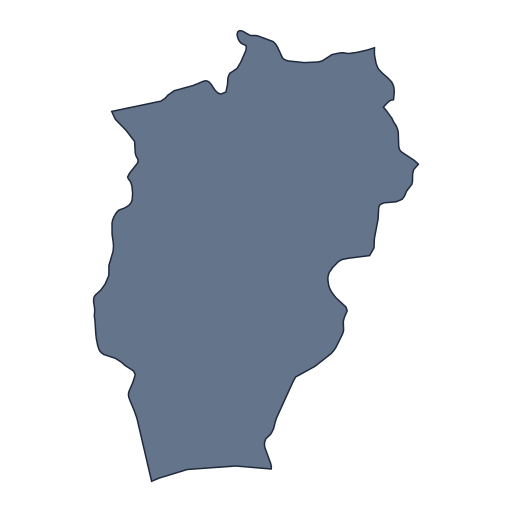 the border of Övörhangay
{"feature_id": "MNG-3327", "entity_name": "Övörhangay", "entity_type": "Province", "adm_level": 1, "iso_a3": "MNG", "parent_name": "Mongolia", "parent_adm1": "", "projection": "albers", "projection_center": [102.848, 45.744], "detail": "fine", "context": "isolated", "style": "filled", "palette": "slate", "viewbox_px": 512, "rotation_deg": 0, "n_neighbors": 0, "source": "natural_earth", "source_scale": "10m", "svg_char_len": 2678}
<svg xmlns="http://www.w3.org/2000/svg" viewBox="0 0 512 512"><path d="M374.5,47.7L374.4,52.2L374.6,55.7L376.1,63.5L377.7,67.6L378.7,69.3L382.2,73.0L387.9,78.0L391.5,81.8L392.5,83.5L393.3,85.4L393.9,87.5L394.2,90.5L394.1,93.9L393.5,99.8L391.0,100.2L389.3,101.1L387.2,103.0L383.4,107.1L387.0,111.5L390.0,115.8L391.7,117.9L393.7,122.1L396.2,125.8L397.2,128.3L398.0,130.8L398.3,133.0L398.7,145.9L399.1,148.1L399.9,150.1L400.9,151.4L402.3,152.5L414.4,160.5L418.4,164.2L413.7,169.6L413.1,171.7L412.6,174.7L412.5,181.1L411.9,184.2L406.4,191.4L405.3,194.4L404.0,196.9L402.1,199.3L396.2,201.8L384.3,202.8L381.7,203.8L380.1,204.7L379.2,206.3L378.7,207.6L378.2,217.0L378.1,218.9L374.4,238.5L374.0,247.9L369.6,255.6L348.8,258.2L342.5,259.4L340.2,260.5L338.0,262.0L332.8,267.3L329.3,272.4L328.4,274.8L327.9,277.3L327.9,279.9L328.3,283.0L328.9,286.2L330.0,289.1L331.9,292.5L335.8,297.6L346.0,307.1L347.2,310.9L345.0,315.9L344.0,318.6L343.3,321.5L343.6,330.2L343.1,332.3L342.2,334.7L335.8,347.6L333.8,350.5L331.1,353.6L315.1,366.2L295.6,377.0L292.9,382.0L276.6,417.8L275.2,422.1L273.6,428.6L271.8,432.3L270.4,434.5L265.8,438.8L264.5,442.5L264.6,446.8L270.6,463.2L271.4,466.7L271.2,469.0L235.5,466.0L187.2,469.5L159.1,478.1L151.6,481.3L136.9,418.2L134.1,410.3L130.0,400.6L128.8,397.2L128.4,394.8L128.6,392.9L129.0,391.4L132.9,382.3L135.3,374.7L133.5,371.0L125.0,365.4L121.4,362.2L115.5,358.4L103.8,354.5L101.4,352.8L99.5,350.6L98.5,348.0L97.6,345.1L96.4,339.0L95.8,333.8L94.9,319.7L94.5,317.5L94.3,315.6L94.7,311.5L94.6,308.5L93.6,301.6L93.6,299.0L94.2,296.9L95.2,295.2L100.7,290.2L105.1,284.1L108.7,275.8L108.9,272.5L108.9,265.4L113.1,251.2L113.5,245.9L113.1,241.4L112.1,234.5L112.0,223.1L112.7,219.8L114.0,216.7L115.5,214.0L117.2,211.6L119.1,210.0L124.1,208.2L126.9,206.7L129.4,204.8L131.1,202.6L131.8,200.9L132.3,198.5L132.6,193.0L131.9,186.1L131.0,183.1L129.9,180.7L128.6,179.4L127.6,177.0L129.4,173.4L137.6,163.0L138.1,160.7L137.6,158.7L136.4,156.8L135.6,154.5L135.2,152.2L134.6,141.5L126.2,130.5L116.0,120.0L114.8,118.3L111.7,111.4L161.0,101.1L165.2,98.2L167.7,95.3L174.2,90.7L193.2,85.5L204.0,81.0L206.5,80.8L208.7,81.7L211.0,84.0L214.7,89.7L216.4,91.7L218.7,93.4L221.1,94.0L225.9,92.0L227.5,84.5L227.9,78.0L228.8,75.2L229.8,73.3L236.9,68.6L240.6,62.5L246.0,50.2L246.3,46.2L244.9,45.0L242.9,44.2L241.0,43.1L239.5,41.4L238.3,39.2L237.4,36.6L237.1,34.0L237.8,31.8L239.3,30.7L241.7,30.9L242.9,31.3L250.3,35.5L255.2,35.5L257.6,35.8L273.2,41.6L275.7,44.2L277.6,47.2L282.5,58.0L284.5,59.6L288.0,60.9L304.1,62.6L318.1,62.0L322.4,60.8L331.9,54.6L338.5,53.2L341.7,52.7L343.8,52.8L346.9,53.4L349.0,53.5L356.8,52.4L367.8,49.9L374.5,47.7Z" fill="#64748b" stroke="#1e293b" stroke-width="1.5"/></svg>